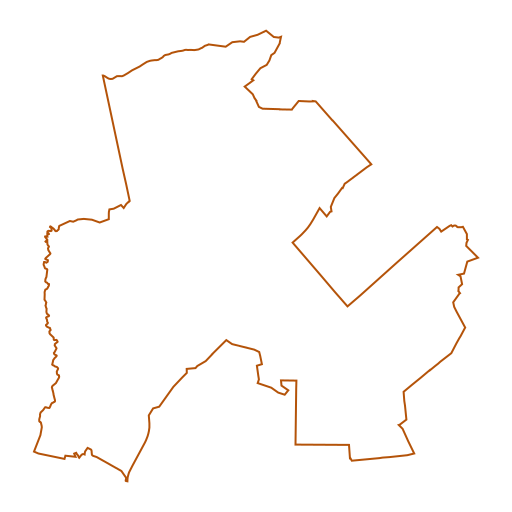 the district of Lubes pag., Talsi, Latvia
{"feature_id": "27541924B36241306566640", "entity_name": "Lubes pag.", "entity_type": "district", "adm_level": 2, "iso_a3": "LVA", "parent_name": "Latvia", "parent_adm1": "Talsi", "projection": "mercator", "projection_center": [22.601, 57.453], "detail": "fine", "context": "isolated", "style": "outline", "palette": "amber", "viewbox_px": 512, "rotation_deg": 0, "n_neighbors": 0, "source": "geoboundaries", "source_scale": "gbopen_adm2", "svg_char_len": 5752}
<svg xmlns="http://www.w3.org/2000/svg" viewBox="0 0 512 512"><path d="M478.0,257.7L466.2,245.9L466.5,242.8L467.9,239.9L466.9,239.3L466.9,234.1L462.9,226.8L461.3,227.2L457.8,227.2L457.1,226.9L456.7,226.3L455.7,225.6L454.7,225.5L453.7,225.7L452.5,226.5L451.2,225.2L449.6,225.9L441.2,231.6L439.4,228.8L437.0,227.0L396.2,263.2L360.4,295.3L347.5,306.4L334.9,292.0L320.7,275.3L292.6,242.6L299.9,236.1L301.7,234.4L305.5,230.4L307.8,227.7L310.3,224.2L313.2,219.5L319.6,208.1L326.7,216.4L330.1,211.8L331.5,211.4L330.8,206.9L334.4,198.0L337.9,193.7L342.1,187.9L342.7,188.1L344.7,183.7L346.4,182.6L366.9,167.2L371.3,164.3L332.6,120.4L332.4,120.4L315.7,101.4L314.3,101.2L314.4,101.3L309.8,101.5L298.7,101.0L292.5,108.6L291.9,109.6L279.7,109.4L279.6,109.2L276.4,109.1L262.6,108.7L258.9,106.9L256.1,100.7L256.3,100.6L254.9,98.5L254.7,98.5L252.8,94.3L244.7,86.6L253.3,80.3L251.7,79.2L255.8,73.7L260.4,68.2L266.7,64.9L269.4,60.5L271.3,55.1L274.5,52.9L279.8,43.2L279.8,42.4L281.0,36.8L278.8,37.6L273.8,37.0L266.1,30.7L257.6,34.8L250.1,36.9L244.0,41.8L240.1,41.3L232.3,42.2L225.7,46.7L208.5,44.4L208.0,44.8L204.9,45.8L202.1,47.8L200.8,48.3L199.1,49.2L198.3,49.5L194.5,50.1L190.5,49.9L187.9,50.0L186.0,49.8L184.7,50.0L183.0,50.6L181.5,50.9L178.1,51.3L171.6,52.9L170.1,53.8L168.6,54.4L165.3,55.0L163.8,55.9L162.7,57.2L161.3,58.1L159.8,58.9L158.4,59.8L156.7,60.1L155.0,60.1L151.7,60.5L150.0,60.8L146.8,61.9L142.5,64.6L139.7,66.5L132.1,70.3L127.9,73.1L123.6,75.6L122.0,76.2L118.6,76.1L116.9,76.2L112.6,78.8L110.9,79.0L109.2,78.8L107.7,78.1L104.8,76.2L103.2,75.5L102.8,75.5L122.7,168.9L126.2,184.4L129.7,201.0L129.1,201.6L129.0,201.4L126.3,204.0L123.7,208.0L121.0,205.0L113.7,208.7L109.4,209.4L108.9,211.9L108.8,213.9L108.8,219.2L99.7,222.5L91.9,219.7L83.8,218.9L77.8,219.5L76.2,220.4L73.2,221.7L69.9,221.0L59.3,225.9L59.0,226.8L59.0,227.2L58.8,227.7L58.7,229.3L58.1,230.0L57.5,230.3L57.0,231.0L55.9,231.2L55.2,230.8L54.6,229.8L53.2,228.3L52.6,228.1L51.2,226.8L50.3,226.4L50.1,226.6L50.0,227.0L51.3,228.0L51.6,230.1L51.6,230.6L51.5,230.8L50.9,231.1L48.4,230.8L47.6,231.3L47.4,231.6L47.4,232.4L48.4,233.1L48.8,233.6L48.9,234.0L48.6,234.1L48.3,233.7L47.3,233.8L47.4,236.6L46.1,236.3L45.1,236.5L45.1,236.9L45.3,237.2L47.3,239.7L47.3,240.1L46.7,240.4L45.5,241.5L45.8,241.9L47.3,241.8L47.4,244.1L47.6,244.7L48.0,245.4L48.9,246.4L48.8,246.9L48.1,248.1L48.0,248.6L48.4,250.3L50.4,253.4L50.3,253.8L50.0,254.2L45.9,257.9L45.3,258.7L45.4,259.1L47.9,260.2L47.9,260.9L47.6,261.9L46.3,262.7L44.8,262.0L44.1,262.0L43.6,264.3L43.8,265.3L44.4,266.5L44.8,267.9L45.0,268.2L45.3,268.5L46.4,268.8L47.1,269.2L47.3,269.7L46.4,277.0L45.9,278.0L45.4,279.3L45.4,280.2L45.2,281.2L45.3,281.5L45.9,282.2L47.1,282.7L48.1,284.0L48.9,284.0L49.0,284.1L49.0,284.9L48.7,286.0L48.0,287.0L47.9,287.6L47.4,288.1L47.3,288.5L46.8,289.0L45.5,289.5L45.3,289.7L44.6,292.1L44.7,294.4L44.5,299.7L45.2,300.6L46.3,302.5L46.0,303.4L45.8,304.9L45.5,305.5L46.2,307.9L46.6,308.6L46.4,311.9L46.9,313.7L48.4,314.8L49.0,315.5L48.9,315.9L48.8,316.2L47.1,316.8L46.3,317.3L46.1,317.7L46.2,318.1L47.0,319.8L47.2,321.7L47.9,322.9L47.6,323.5L46.0,325.0L46.0,325.5L46.8,326.6L49.4,327.9L49.8,327.9L50.1,328.2L50.3,329.5L50.6,329.8L50.6,330.1L49.4,331.4L49.5,333.2L50.1,334.2L53.6,337.5L53.7,337.8L53.7,339.2L53.8,339.6L54.1,340.0L54.5,340.1L56.4,339.9L56.9,340.3L57.6,341.7L57.5,342.0L56.5,342.7L54.9,344.0L54.7,345.5L56.4,348.0L56.5,348.5L54.6,352.1L53.9,353.0L54.1,353.8L54.3,354.1L55.1,354.8L56.2,355.2L56.6,355.5L56.7,355.8L56.0,356.8L54.6,358.1L53.2,360.1L52.9,361.7L52.2,364.6L52.9,365.2L53.8,365.5L54.9,366.4L56.9,367.0L58.0,368.2L58.1,368.6L57.9,369.3L57.1,370.8L56.8,371.5L56.9,373.4L57.2,374.3L57.4,374.6L58.9,375.3L59.0,375.5L59.0,376.3L59.2,376.8L58.8,378.0L57.6,380.0L57.4,380.4L55.9,383.1L52.5,385.9L52.0,386.8L52.0,387.0L51.9,387.4L51.9,387.7L52.2,388.3L52.2,388.7L52.7,390.7L52.9,390.9L52.9,391.5L53.2,392.2L53.2,392.7L53.5,393.8L53.5,394.3L53.8,395.8L54.0,396.1L54.1,396.9L54.9,399.8L55.0,400.5L55.0,401.2L54.5,401.9L53.9,402.0L52.8,402.8L52.2,402.9L51.6,403.5L50.9,404.7L50.8,405.0L50.1,406.7L49.6,407.7L49.2,408.0L47.1,407.7L45.8,407.2L45.1,407.3L43.1,410.1L40.6,412.5L40.2,413.8L40.0,414.5L40.1,415.9L40.0,416.6L39.4,418.6L39.2,419.9L39.3,421.3L39.8,421.9L40.4,422.0L40.9,422.6L41.7,426.0L41.8,427.4L40.4,435.2L34.0,451.6L38.4,453.5L64.5,458.9L65.4,455.7L75.5,456.8L74.2,453.6L76.2,452.8L76.9,454.2L78.0,455.4L78.9,457.5L79.2,457.8L81.2,455.2L82.4,454.2L84.1,454.1L84.6,454.4L84.9,452.2L85.2,451.3L87.6,447.9L90.9,449.5L91.2,449.8L91.4,450.2L91.6,451.0L91.7,452.7L91.9,454.6L92.2,455.2L92.6,455.5L93.2,455.9L96.6,457.0L121.4,471.0L126.2,477.9L125.7,480.4L125.7,480.8L125.9,481.0L127.4,481.3L127.5,479.0L127.7,477.2L128.6,473.8L129.1,472.3L132.4,465.8L144.9,442.6L146.0,440.3L147.6,436.2L148.4,433.4L148.9,431.1L149.4,427.6L149.4,425.2L149.4,423.3L148.8,415.4L153.1,408.4L159.2,406.7L173.4,386.8L182.4,377.3L186.8,372.9L186.7,368.9L195.5,368.1L197.3,366.0L205.7,361.1L212.2,354.3L212.1,354.2L226.3,340.1L232.1,344.1L254.2,349.6L259.2,352.0L260.2,355.9L261.9,364.2L256.9,365.7L258.3,375.7L258.9,379.4L257.7,383.1L271.3,387.7L278.2,392.6L284.7,394.7L288.3,390.3L281.5,385.6L281.0,380.4L296.4,380.6L296.2,388.7L295.5,444.6L349.0,444.9L349.9,457.6L350.0,457.5L351.8,460.7L379.5,458.1L382.5,457.6L389.5,457.1L407.3,455.2L414.2,453.5L408.2,441.2L402.6,428.8L398.8,425.0L399.7,424.7L406.4,419.6L405.0,405.6L404.3,401.0L403.6,391.8L411.9,384.9L420.9,377.6L429.8,370.1L429.9,370.3L435.4,365.8L438.1,363.7L440.3,361.7L451.3,353.2L456.4,343.4L459.3,338.2L460.5,336.3L464.7,328.4L465.2,327.6L456.5,311.5L454.2,306.9L453.2,302.3L459.3,293.8L459.3,293.7L460.0,293.2L458.4,291.1L458.5,291.0L458.6,287.4L462.1,284.2L460.5,276.3L458.2,274.8L464.0,273.6L467.3,261.6L478.0,257.7Z" fill="none" stroke="#b45309" stroke-width="2"/></svg>